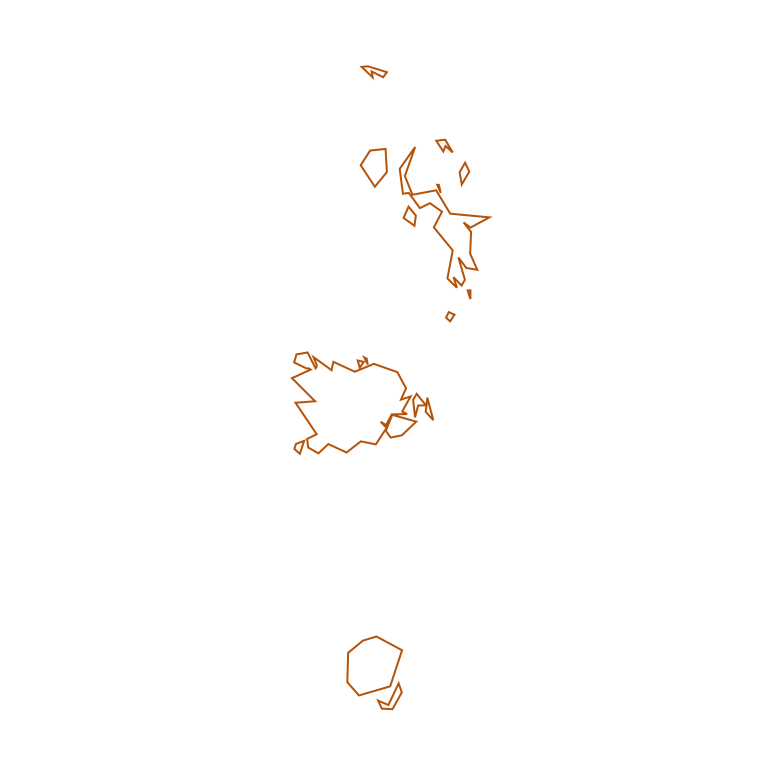 outline of Shortland Islands, Western, Solomon Islands, rotated 330°
{"feature_id": "97153195B13226737525008", "entity_name": "Shortland Islands", "entity_type": "district", "adm_level": 2, "iso_a3": "SLB", "parent_name": "Solomon Islands", "parent_adm1": "Western", "projection": "equal_earth", "projection_center": [155.884, -7.049], "detail": "medium", "context": "isolated", "style": "outline", "palette": "amber", "viewbox_px": 768, "rotation_deg": 330, "n_neighbors": 0, "source": "geoboundaries", "source_scale": "gbopen_adm2", "svg_char_len": 1982}
<svg xmlns="http://www.w3.org/2000/svg" viewBox="0 0 768 768"><g transform="rotate(330 384 384)"><path d="M401.5,380.4L385.3,361.5L364.9,358.8L351.2,339.5L345.5,345.8L336.4,325.5L335.2,334.1L333.7,335.9L332.6,336.2L333.6,318.5L323.0,314.6L317.0,320.4L324.7,331.8L326.7,332.9L327.7,334.9L307.2,332.9L315.7,364.5L298.0,356.0L300.6,393.8L289.9,393.2L286.6,401.1L292.5,411.3L305.8,408.2L317.3,424.6L335.3,422.1L346.7,432.2L364.3,423.3L362.2,415.0L365.3,420.6L375.5,414.2L389.0,421.6L386.2,417.4L386.2,416.8L400.8,408.1L390.9,406.0L400.9,398.8L401.5,380.4ZM558.6,292.4L526.5,269.6L526.0,242.3L503.2,234.3L506.1,214.3L529.5,194.3L505.2,205.5L495.5,228.7L501.0,230.9L503.0,249.6L514.2,250.4L520.4,263.8L505.5,273.3L510.3,302.7L491.7,324.3L495.3,337.1L497.6,326.3L500.4,337.5L506.2,334.2L511.7,311.6L513.3,324.7L521.9,331.7L523.8,314.2L535.4,295.9L533.7,283.9L537.1,291.8L558.6,292.4ZM266.5,623.6L251.2,598.9L237.4,595.7L218.5,598.9L203.1,624.0L206.6,641.2L238.2,648.9L266.5,623.6ZM502.9,181.2L488.7,174.9L473.2,182.9L474.7,208.6L492.5,201.9L502.9,181.2ZM393.1,432.7L375.7,414.8L362.2,425.4L363.0,433.7L373.8,437.4L393.1,432.7ZM247.0,650.6L227.3,664.2L220.6,655.3L219.8,664.1L228.8,669.8L245.2,660.0L247.0,650.6ZM409.7,423.5L407.4,408.9L401.3,412.3L394.2,428.4L402.8,419.7L409.7,423.5ZM408.6,440.0L414.7,417.5L406.2,429.0L408.6,440.0ZM559.3,217.9L559.1,203.0L550.9,199.5L551.6,212.3L556.3,208.6L559.3,217.9ZM495.8,254.1L493.9,242.7L484.0,250.0L489.5,262.2L495.8,254.1ZM542.4,115.4L529.0,100.9L523.2,98.2L527.5,112.8L529.6,107.2L536.7,117.9L542.4,115.4ZM564.9,232.9L555.4,238.4L551.1,250.1L564.1,242.7L564.9,232.9ZM286.4,393.3L277.8,391.9L273.9,395.4L276.2,402.4L286.4,393.3ZM479.7,359.2L476.0,354.1L470.9,357.6L472.6,362.8L479.7,359.2ZM501.3,353.6L505.7,346.1L503.2,344.9L501.3,353.6ZM371.1,357.8L377.5,354.7L373.0,350.5L371.1,357.8ZM528.7,246.9L531.1,239.0L529.7,238.1L528.7,246.9ZM379.7,358.9L381.7,353.4L380.2,351.1L379.7,358.9Z" fill="none" stroke="#b45309" stroke-width="2"/></g></svg>